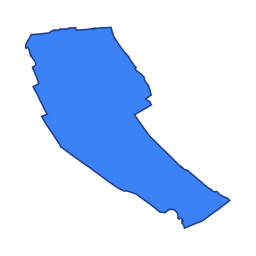 outline of Ruginoasa, Neamt, Romania, rotated 355°
{"feature_id": "2599482B69154403350472", "entity_name": "Ruginoasa", "entity_type": "district", "adm_level": 2, "iso_a3": "ROU", "parent_name": "Romania", "parent_adm1": "Neamt", "projection": "equal_earth", "projection_center": [26.701, 46.98], "detail": "fine", "context": "isolated", "style": "filled", "palette": "blue", "viewbox_px": 256, "rotation_deg": 355, "n_neighbors": 0, "source": "geoboundaries", "source_scale": "gbopen_adm2", "svg_char_len": 5441}
<svg xmlns="http://www.w3.org/2000/svg" viewBox="0 0 256 256"><g transform="rotate(355 128 128)"><path d="M192.9,227.4L194.0,226.9L194.6,226.6L198.1,224.5L205.1,220.2L208.1,218.5L209.6,217.5L212.6,215.9L213.3,215.2L213.6,215.0L214.7,214.4L214.8,214.4L215.5,213.8L216.1,213.5L217.7,212.5L219.5,211.3L223.0,209.1L221.2,206.8L217.5,204.9L216.2,204.0L213.5,202.2L212.1,200.3L210.7,198.9L209.4,199.1L207.8,199.0L206.5,197.9L206.2,197.2L205.4,196.4L204.5,195.9L203.6,195.2L201.9,194.0L184.6,176.4L184.3,175.7L184.0,175.5L182.8,175.2L181.6,174.6L180.9,174.4L180.7,174.4L180.4,174.1L180.0,173.6L177.9,171.3L177.6,171.0L177.1,171.3L177.0,171.0L163.7,155.2L162.1,153.5L153.4,143.3L151.6,141.1L150.6,140.0L148.4,137.2L147.2,135.2L145.4,132.1L144.3,130.5L143.5,129.0L143.0,128.1L142.5,127.3L140.1,123.3L137.3,118.2L136.4,116.9L135.6,115.4L153.3,107.0L152.6,105.3L152.2,104.0L151.4,103.0L150.1,102.6L148.2,100.4L154.0,97.2L153.6,94.9L153.2,92.2L151.9,87.0L149.4,83.6L148.8,81.7L148.4,78.8L146.3,76.0L141.5,71.6L140.3,70.0L140.1,69.5L140.1,69.4L140.4,69.2L141.0,68.9L141.4,68.6L141.4,68.4L140.8,67.8L139.9,66.7L138.6,64.7L138.7,64.4L137.3,62.2L136.0,59.7L135.2,58.0L135.0,57.5L134.8,56.8L134.6,56.6L134.4,56.5L134.1,55.9L133.7,55.4L131.7,52.9L130.8,52.0L130.4,51.2L130.1,50.4L129.7,49.8L127.8,46.9L126.3,44.1L125.1,41.9L124.5,40.7L123.0,38.0L122.9,37.8L122.8,37.5L122.5,37.6L122.4,37.0L122.2,36.8L122.0,36.2L121.8,35.5L121.6,35.2L121.4,34.0L121.3,33.2L121.2,32.6L121.1,32.1L120.9,31.7L120.6,30.8L120.4,30.0L120.5,29.9L120.4,29.6L120.3,29.4L120.2,28.7L120.3,28.6L120.1,28.2L120.2,27.9L120.0,27.0L119.9,26.7L119.8,26.1L119.6,26.0L119.3,26.0L118.9,26.1L118.0,26.2L117.0,26.3L116.4,26.2L114.2,26.2L113.5,26.2L113.1,26.2L112.4,26.2L111.8,26.3L110.9,25.8L109.2,25.9L107.3,25.9L106.0,26.0L105.8,26.0L105.3,26.0L105.2,26.1L104.8,25.9L104.5,26.0L104.1,25.8L103.9,26.0L103.4,26.0L103.2,25.9L103.2,25.6L102.9,25.5L102.7,25.5L102.7,25.9L102.4,26.2L102.6,26.4L102.6,26.5L102.3,26.6L102.0,26.1L101.8,26.0L100.8,25.9L100.4,26.1L100.1,26.1L96.7,26.1L95.3,26.3L94.8,26.3L94.4,26.1L93.9,26.2L93.3,26.1L91.6,26.2L90.8,26.1L90.3,26.2L87.7,26.2L87.1,25.9L86.7,25.9L86.3,25.9L86.0,26.2L85.2,26.3L84.7,26.1L84.7,25.9L84.7,25.5L84.8,24.1L84.6,23.7L84.3,23.5L83.9,23.4L83.0,23.3L82.8,23.4L82.2,23.4L81.9,23.5L81.2,23.5L80.7,23.4L80.4,23.3L79.9,23.2L79.3,23.4L78.3,23.4L77.9,23.6L77.5,23.4L75.9,24.0L74.7,24.1L74.7,24.3L74.4,24.1L73.5,23.9L73.4,23.7L72.6,23.9L72.4,23.9L71.4,23.6L70.2,23.4L69.2,23.5L68.9,23.5L68.7,23.6L68.7,23.9L68.4,24.1L67.8,24.3L67.8,24.5L67.4,24.8L67.1,24.9L65.8,24.2L65.4,24.1L64.7,24.1L63.6,23.8L63.2,23.8L62.3,24.1L61.9,24.8L61.4,24.7L60.4,24.8L59.2,25.2L57.8,26.4L57.4,26.5L56.1,26.5L54.9,26.4L54.1,26.4L53.9,26.3L52.8,26.5L48.6,26.6L47.6,26.6L44.7,26.6L43.3,26.5L42.6,26.6L41.8,26.6L40.5,26.5L40.0,26.6L39.8,26.5L38.3,28.7L37.9,29.4L35.7,32.5L35.3,33.2L34.8,33.7L34.2,34.5L33.9,35.0L33.8,35.7L33.6,36.2L33.3,37.3L33.4,37.9L33.2,38.1L33.2,38.6L33.1,38.8L33.0,39.0L33.1,39.5L33.3,39.6L33.4,39.3L33.5,39.2L34.0,39.3L34.2,39.2L34.6,38.9L34.8,38.9L35.0,39.1L35.4,39.6L35.7,39.8L35.7,40.0L35.9,40.2L35.9,40.5L36.2,40.8L36.4,41.2L36.5,41.5L36.6,41.8L36.4,41.9L36.4,42.1L36.5,42.5L36.5,43.0L36.6,43.4L36.7,43.9L36.8,44.4L36.9,45.3L36.9,45.6L37.1,46.1L37.1,46.3L37.1,46.6L37.1,47.1L37.5,47.0L37.7,46.9L37.9,47.0L38.0,47.4L37.9,47.5L38.0,47.9L37.7,48.2L38.3,48.8L38.7,49.5L39.0,50.3L39.2,50.7L39.3,50.8L39.5,50.9L39.8,51.2L39.9,51.6L40.2,51.9L41.0,53.2L41.4,54.6L41.6,56.0L41.4,56.8L41.0,57.6L40.7,57.9L40.1,58.4L39.7,58.6L38.4,58.9L38.1,59.1L38.3,60.0L38.6,61.1L39.1,62.2L39.3,62.9L40.0,65.0L40.5,66.9L41.1,68.4L41.4,69.7L41.6,70.6L41.8,71.2L42.1,72.0L42.5,73.3L42.6,74.0L42.6,74.5L42.6,74.9L42.9,75.7L43.0,76.0L42.7,76.1L40.1,77.3L37.4,78.4L37.2,78.6L37.1,78.9L38.5,82.2L40.6,86.8L41.5,89.2L41.9,90.4L42.0,90.8L42.2,91.6L42.8,92.9L44.9,98.0L46.1,101.2L46.5,102.9L46.8,103.1L47.7,105.2L48.4,106.6L48.9,107.1L42.9,109.0L46.1,115.5L47.0,117.5L48.1,119.5L48.3,119.7L48.6,120.0L48.9,120.9L50.0,122.9L50.7,124.2L51.7,125.6L53.1,128.6L56.6,135.0L58.1,137.8L59.7,140.9L59.6,141.0L59.8,141.4L60.5,141.9L63.6,144.6L65.6,146.4L66.7,147.3L70.4,150.6L71.2,151.1L71.3,151.4L75.7,155.1L79.5,158.4L80.9,159.5L82.5,160.9L83.3,161.7L83.9,162.0L87.1,164.6L90.5,167.9L93.4,170.2L96.1,172.8L100.4,176.5L103.1,178.9L105.6,181.0L108.5,183.5L109.1,183.9L109.9,184.6L111.3,185.7L113.0,187.1L114.6,188.1L115.7,188.7L117.0,189.2L117.4,189.6L118.0,190.2L118.7,190.5L120.5,190.5L121.6,190.7L122.0,190.8L125.7,192.4L126.5,192.8L128.6,193.7L130.6,194.8L131.4,195.3L131.9,195.7L132.5,196.4L134.1,197.9L135.5,199.0L136.4,199.8L138.0,201.3L139.0,202.1L140.5,203.3L143.5,205.9L145.1,207.4L146.3,208.6L149.0,211.1L150.4,212.5L152.2,214.3L152.6,214.5L153.2,214.5L153.9,214.7L154.6,214.7L154.8,214.8L155.9,215.2L157.1,215.7L157.5,215.7L157.8,215.6L158.2,215.3L158.5,214.9L158.6,214.6L158.7,214.4L158.7,214.2L159.6,214.1L160.2,214.0L160.4,213.9L160.7,213.6L160.8,213.2L161.1,213.0L161.7,213.0L161.9,212.8L162.0,212.7L162.5,212.8L162.9,212.9L163.1,212.9L163.2,212.7L163.8,212.7L164.7,213.0L165.5,213.1L165.8,213.2L167.1,213.7L167.7,214.0L168.6,215.5L168.9,215.9L169.6,216.9L170.0,218.1L170.2,219.1L170.2,220.5L169.9,221.5L169.9,222.1L170.4,223.0L171.1,223.2L171.8,222.5L172.9,222.5L173.6,223.3L174.5,224.2L175.1,225.3L174.5,225.5L173.7,225.1L173.4,227.7L174.3,228.5L175.0,230.2L175.6,232.8L179.4,231.5L188.7,228.5L191.4,227.8L192.9,227.4Z" fill="#3b82f6" stroke="#1e3a8a" stroke-width="1.5"/></g></svg>